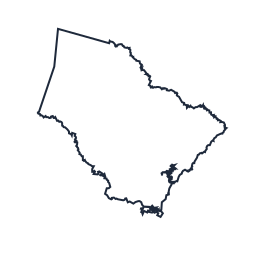 outline of Central Coast (Tas.), Tasmania, Australia, rotated 106°
{"feature_id": "25037944B34694615904571", "entity_name": "Central Coast (Tas.)", "entity_type": "district", "adm_level": 2, "iso_a3": "AUS", "parent_name": "Australia", "parent_adm1": "Tasmania", "projection": "equal_earth", "projection_center": [146.11, -41.27], "detail": "fine", "context": "isolated", "style": "outline", "palette": "slate", "viewbox_px": 256, "rotation_deg": 106, "n_neighbors": 0, "source": "geoboundaries", "source_scale": "gbopen_adm2", "svg_char_len": 5713}
<svg xmlns="http://www.w3.org/2000/svg" viewBox="0 0 256 256"><g transform="rotate(106 128 128)"><path d="M49.3,169.6L51.7,169.5L52.0,222.6L89.3,215.8L136.9,218.0L137.9,218.9L138.4,218.8L138.9,218.1L138.9,216.3L140.1,215.7L139.6,214.7L140.2,212.9L141.1,212.0L139.2,210.5L140.1,209.6L139.6,207.9L140.1,206.4L139.5,205.1L138.3,205.2L137.5,204.1L137.3,203.7L138.0,203.4L138.0,202.7L138.8,202.2L138.6,201.4L137.6,200.9L140.7,198.1L140.1,197.1L141.0,195.8L140.4,195.0L140.6,193.6L141.4,192.7L143.9,191.9L144.0,191.0L144.9,190.1L144.7,188.6L146.0,186.0L147.6,183.8L149.4,183.2L149.6,180.9L150.6,180.0L148.1,180.3L148.3,177.0L150.3,177.1L150.8,175.9L151.9,175.2L153.5,175.8L154.4,174.3L155.3,175.5L156.0,175.6L156.4,174.9L155.7,173.3L155.8,172.8L157.8,172.4L159.5,172.8L159.7,171.9L160.6,171.5L160.9,170.6L162.2,169.8L163.1,170.2L165.0,167.7L166.5,167.5L166.5,166.1L167.9,164.7L167.6,163.6L171.4,162.5L171.4,162.0L170.7,160.9L171.5,160.8L171.2,160.3L172.6,158.5L173.0,156.6L173.6,156.2L174.0,153.5L174.6,152.1L174.2,150.4L177.4,151.1L180.0,150.3L179.7,149.4L178.5,148.6L179.0,147.7L181.7,148.3L181.0,144.5L179.6,143.9L178.4,144.7L177.7,143.7L178.7,140.5L179.6,140.3L180.9,141.8L181.1,141.4L180.6,139.9L181.1,138.2L179.3,138.8L178.5,138.1L181.1,136.4L182.8,136.7L182.5,134.7L183.6,134.1L184.0,132.6L185.3,132.3L186.0,131.0L189.5,128.8L191.2,129.9L191.8,131.8L197.6,131.9L198.4,129.5L200.7,127.1L201.2,124.4L200.7,123.9L199.6,124.2L198.8,122.4L199.6,120.3L199.0,119.5L199.3,118.2L198.8,112.6L198.0,111.5L196.5,111.2L196.1,110.3L199.5,107.7L198.2,106.1L199.2,102.0L197.1,100.4L195.5,98.0L195.1,96.6L195.7,94.8L197.9,93.3L199.2,91.3L197.9,85.7L198.4,84.4L198.7,81.0L198.4,81.0L198.3,80.5L198.1,80.6L198.2,82.6L197.2,82.7L196.9,83.8L196.0,83.3L197.2,81.6L197.6,79.9L197.1,79.9L196.6,78.8L197.3,79.2L197.8,78.3L196.7,77.7L197.9,78.0L198.0,77.0L198.6,76.8L197.8,76.2L198.5,76.1L198.5,74.4L197.5,73.4L190.0,75.0L186.0,72.2L182.0,72.6L180.9,70.8L180.1,71.2L180.1,70.6L177.7,71.4L174.7,71.6L168.5,70.2L168.6,67.9L168.3,69.5L168.9,72.3L168.3,73.7L166.8,74.1L165.7,73.8L166.1,74.3L164.5,74.5L164.3,75.6L163.3,76.2L163.8,76.4L164.3,77.0L162.9,76.4L161.0,77.9L159.9,77.1L160.0,76.2L159.3,76.9L159.9,77.5L159.0,78.3L160.3,79.0L161.1,82.4L162.3,83.1L163.0,82.5L163.4,82.5L163.5,82.7L163.4,83.2L163.5,82.6L163.0,82.5L162.8,82.9L162.3,83.2L162.2,83.1L161.0,82.5L159.9,79.5L158.6,79.0L158.5,78.0L159.2,77.4L158.6,77.1L159.5,75.7L158.7,75.5L156.1,76.5L154.8,74.5L153.9,74.5L152.4,77.3L152.5,76.3L152.1,75.6L151.6,75.3L151.0,76.3L151.2,74.6L151.8,74.6L150.7,72.9L152.6,73.9L154.7,73.6L153.4,73.2L153.3,72.5L153.7,71.9L153.6,71.4L153.7,71.2L153.9,72.5L154.8,71.7L155.0,72.1L154.4,72.7L155.8,73.4L156.2,73.1L156.4,73.1L155.9,73.9L156.3,74.2L159.5,73.8L160.6,75.5L161.5,75.2L162.3,76.1L163.4,73.8L162.7,73.0L163.1,72.2L165.4,71.9L166.3,73.4L168.0,73.1L167.8,70.6L167.1,69.1L167.5,68.9L167.5,69.4L167.6,69.8L167.9,68.5L166.3,67.5L165.6,66.7L165.6,65.9L160.8,65.8L158.8,65.3L157.0,63.7L155.9,63.9L154.0,63.3L152.4,61.7L152.9,59.8L152.7,59.3L153.2,59.1L153.3,58.1L152.1,57.1L151.4,57.4L150.9,56.4L150.3,56.5L150.3,55.1L149.9,54.9L148.7,56.1L147.5,55.6L147.1,56.1L144.6,56.2L143.8,55.8L143.5,54.6L142.0,54.8L137.5,53.5L134.7,53.5L134.1,52.6L132.6,52.0L131.6,50.4L132.0,49.8L129.8,48.2L129.9,47.3L128.4,47.3L126.5,46.5L125.0,47.2L123.3,46.9L122.4,46.2L121.9,44.6L118.2,44.2L116.7,43.2L116.8,42.3L116.1,42.7L113.9,42.2L112.8,41.1L110.7,40.5L107.8,37.1L107.4,35.8L106.8,35.9L105.9,35.0L104.3,35.0L102.4,34.0L101.9,34.2L100.9,33.4L100.8,34.3L101.3,35.0L99.4,35.9L99.2,35.4L98.3,35.6L96.3,37.4L96.3,39.2L96.9,40.8L95.7,40.7L95.2,42.4L95.8,43.7L94.8,44.0L94.8,45.1L94.2,45.1L93.7,46.6L92.8,47.0L93.9,48.1L92.8,48.4L93.2,49.2L92.9,49.6L91.9,49.4L92.4,50.5L92.1,51.8L90.1,52.5L90.7,53.9L88.7,54.7L88.8,55.9L88.3,56.7L89.1,57.1L87.6,58.6L88.2,58.9L88.4,60.1L88.0,60.4L87.2,59.5L85.9,61.0L86.5,61.8L85.4,62.2L86.5,62.5L86.3,63.7L87.5,63.5L87.7,64.3L86.4,65.1L88.8,67.3L89.4,68.9L91.0,70.1L90.3,71.7L90.3,73.2L89.4,74.0L90.8,74.8L89.9,76.2L91.3,76.3L92.4,76.9L89.8,77.9L90.0,79.0L89.7,79.7L90.1,80.7L88.4,81.0L88.3,83.2L83.9,87.6L83.5,89.5L82.9,90.2L81.2,90.1L80.6,90.9L81.4,92.4L80.4,93.1L79.4,97.1L80.8,98.8L81.0,101.1L79.8,101.4L79.6,103.7L80.4,104.3L80.0,105.3L81.4,106.1L80.1,108.1L80.2,110.0L80.6,111.6L81.2,112.3L81.5,114.1L82.4,115.0L81.6,116.1L82.4,116.3L82.8,117.2L81.3,118.2L81.0,119.8L76.5,118.9L76.4,120.0L75.3,121.2L72.2,120.9L71.8,121.7L72.4,122.6L71.9,122.8L71.6,124.1L71.1,123.6L70.7,124.0L71.1,125.5L70.5,125.1L68.0,128.5L68.3,130.2L68.0,130.9L68.4,131.1L67.7,131.5L67.1,130.7L66.5,130.9L66.8,132.0L66.5,132.6L65.0,132.3L64.5,131.6L64.1,132.5L63.3,132.3L62.7,134.3L60.7,135.2L61.0,138.6L60.2,139.0L59.9,140.7L58.8,142.5L58.3,142.6L58.6,143.1L57.5,144.2L57.6,145.6L56.7,145.4L56.2,145.9L55.1,145.9L54.5,146.8L52.2,147.3L51.8,147.8L51.8,148.7L50.6,148.7L51.1,149.9L50.8,150.8L51.4,151.6L51.5,153.7L50.3,154.9L50.5,155.7L49.2,157.0L49.3,157.9L50.5,160.4L51.5,160.8L51.7,161.5L52.6,161.3L53.1,162.3L52.6,163.0L51.4,163.3L50.3,164.8L49.5,166.5L49.7,168.8L49.3,169.6ZM204.5,72.2L200.4,71.0L198.8,73.4L199.4,76.8L199.0,78.6L199.8,80.1L200.3,82.7L200.2,83.7L199.4,85.3L200.2,83.0L199.9,82.5L199.4,83.4L199.9,82.1L199.5,81.4L199.4,82.3L198.9,82.4L198.2,85.8L199.3,91.1L200.9,91.4L201.7,93.3L202.0,93.3L201.8,92.3L202.7,92.2L202.4,91.7L205.1,92.1L205.2,91.3L206.8,90.2L203.3,89.7L203.9,86.3L201.9,86.0L202.0,84.5L202.9,84.7L202.7,81.6L201.7,81.3L202.1,79.0L201.3,78.7L200.9,77.3L201.6,75.4L203.8,75.8L204.5,72.2ZM198.9,81.3L198.8,82.3L199.5,81.1L198.9,81.3ZM153.5,74.3L151.9,73.8L152.6,74.3L153.5,74.3ZM198.8,80.5L198.5,81.0L198.8,80.5ZM199.2,80.8L199.5,80.6L199.5,80.0L199.4,80.5L199.2,80.8Z" fill="none" stroke="#1e293b" stroke-width="2"/></g></svg>